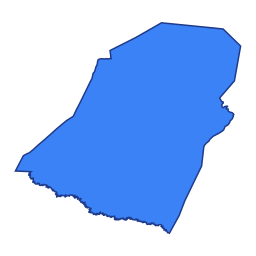 outline of Javxlant, Selenge, Mongolia
{"feature_id": "93677404B94192220818262", "entity_name": "Javxlant", "entity_type": "district", "adm_level": 2, "iso_a3": "MNG", "parent_name": "Mongolia", "parent_adm1": "Selenge", "projection": "robinson", "projection_center": [106.265, 49.737], "detail": "fine", "context": "isolated", "style": "filled", "palette": "blue", "viewbox_px": 256, "rotation_deg": 0, "n_neighbors": 0, "source": "geoboundaries", "source_scale": "gbopen_adm2", "svg_char_len": 5800}
<svg xmlns="http://www.w3.org/2000/svg" viewBox="0 0 256 256"><path d="M161.5,22.8L135.8,37.5L110.0,50.5L111.1,58.6L110.1,58.4L108.2,59.0L106.3,58.6L104.8,59.0L101.0,58.7L99.8,59.0L99.2,59.4L98.3,59.5L97.5,61.7L97.4,63.3L97.0,64.8L95.9,67.0L95.6,68.3L94.6,71.5L94.2,72.2L93.1,73.3L92.1,78.3L90.4,81.5L79.8,103.2L76.4,109.7L73.3,116.3L66.5,120.6L56.8,128.7L44.5,139.7L38.1,145.1L33.2,149.6L29.2,152.9L27.7,153.4L23.4,155.7L15.4,171.0L30.9,171.7L30.6,171.9L30.3,172.9L29.2,173.2L29.2,173.6L30.0,173.7L30.1,174.0L29.1,174.3L28.8,174.5L28.8,175.1L29.3,175.5L29.8,175.2L30.4,175.3L30.1,176.7L30.3,177.2L30.1,177.5L30.6,177.8L31.1,178.9L31.5,178.9L31.6,178.3L32.3,178.5L33.0,178.1L33.4,178.3L32.9,179.3L33.5,180.1L33.2,180.8L33.7,181.5L32.9,181.8L33.0,182.3L33.6,182.4L34.3,182.1L34.7,182.1L34.5,182.9L35.1,183.6L35.6,184.0L37.5,184.0L37.6,183.7L37.6,183.2L38.0,183.1L38.7,183.5L39.3,183.5L39.4,183.9L39.1,184.0L39.0,184.4L39.7,185.3L40.0,185.4L41.1,185.3L41.4,184.9L42.4,185.5L42.9,185.5L43.1,185.2L43.1,184.6L43.5,184.3L44.2,185.0L45.2,184.8L45.9,185.2L46.5,185.0L46.6,185.5L47.2,185.8L47.0,186.1L46.9,186.4L46.4,186.6L46.2,186.9L47.3,187.1L48.1,187.9L48.7,187.9L48.8,187.5L48.1,186.6L49.4,186.6L49.8,187.1L51.1,187.8L51.3,188.5L51.5,188.8L53.1,189.7L52.4,190.1L52.6,190.6L53.0,190.7L53.5,190.5L53.8,190.9L54.7,191.1L55.0,191.8L56.1,191.8L56.1,192.1L56.9,193.1L56.8,193.3L55.6,193.8L55.6,194.3L56.0,194.6L56.9,194.4L57.7,194.9L57.5,195.5L56.7,196.0L56.7,196.8L58.1,196.4L58.9,195.9L59.3,196.3L59.9,196.3L60.6,196.5L60.9,196.2L60.8,195.8L60.1,195.6L61.2,195.0L62.0,195.6L64.7,195.6L64.9,196.7L65.3,196.9L65.8,196.6L65.6,196.0L66.0,195.6L65.7,195.2L65.8,195.0L66.2,195.1L66.4,195.7L66.6,195.8L68.1,195.8L68.5,195.6L69.2,196.1L69.5,195.9L69.5,195.4L70.5,195.0L72.3,194.9L72.5,195.1L72.3,195.5L73.4,196.1L74.5,195.5L75.0,195.4L75.1,195.7L74.1,196.3L73.9,196.5L73.9,196.8L74.7,198.0L75.0,198.0L75.6,197.7L75.2,197.0L75.3,196.7L75.6,196.7L75.8,197.4L76.2,197.5L76.5,197.4L76.6,196.5L77.1,196.5L78.1,197.4L78.2,197.6L77.7,198.0L77.6,199.1L77.9,199.2L78.7,198.8L79.3,198.9L80.4,198.5L81.0,198.7L80.8,199.2L80.1,199.6L79.5,200.4L80.7,201.2L81.0,202.3L81.5,202.4L82.0,202.0L82.3,202.8L83.2,203.4L83.5,203.2L83.3,202.5L83.6,202.4L84.0,202.9L85.0,202.6L84.8,203.6L84.1,203.6L84.4,204.2L84.1,204.6L85.2,205.3L85.4,205.2L85.4,204.8L85.7,204.8L86.1,205.8L85.1,205.8L85.0,206.1L85.7,207.1L85.9,207.2L86.5,206.7L87.0,206.7L87.4,207.0L87.2,207.5L87.3,207.8L88.3,207.3L89.8,208.4L90.5,208.2L91.0,208.4L91.0,208.7L90.3,208.8L90.4,209.4L90.3,209.6L89.3,209.9L90.5,211.1L89.0,211.7L88.9,212.1L89.6,212.3L90.5,211.9L90.7,212.1L90.5,212.6L91.8,212.7L93.6,213.4L93.4,213.9L93.5,214.3L93.8,214.3L94.2,213.8L95.1,214.0L95.4,214.2L95.3,214.5L95.5,214.7L96.7,214.8L97.0,214.6L96.9,214.4L96.1,213.9L96.3,213.6L96.7,213.5L98.1,213.7L98.9,214.4L99.2,214.4L99.4,214.3L99.5,214.0L99.3,213.1L100.1,212.2L100.6,213.4L102.0,213.8L102.4,213.1L102.6,213.1L102.8,213.4L102.6,214.1L102.9,214.3L103.3,214.2L103.5,213.8L103.9,214.2L103.8,214.4L103.2,214.8L103.6,215.3L104.3,215.2L105.1,214.3L105.6,214.8L107.2,215.2L107.3,215.6L107.0,216.1L107.2,216.4L108.0,216.4L109.0,215.9L109.3,216.0L110.0,216.4L110.1,216.9L111.2,217.3L111.6,217.1L111.5,216.5L111.7,216.4L113.0,216.7L114.5,216.2L114.5,216.8L115.5,218.1L115.3,218.4L114.6,218.3L114.6,219.4L115.1,219.7L116.3,219.7L116.3,219.4L115.7,219.1L116.1,219.0L116.3,218.6L116.7,219.0L117.6,219.2L117.2,219.4L117.2,219.7L118.7,219.8L118.9,219.7L118.6,219.2L119.5,219.4L119.5,218.9L120.0,218.7L120.7,219.0L121.0,218.5L121.4,218.3L122.2,218.7L122.7,218.6L123.1,217.5L123.1,218.5L123.7,218.8L123.4,219.1L124.1,219.4L125.1,219.2L125.2,219.3L124.9,219.8L126.1,220.0L126.3,219.8L126.3,219.4L127.1,219.3L127.1,219.1L126.7,218.7L127.1,218.4L127.2,218.1L126.9,217.7L127.5,217.6L128.1,218.1L129.0,218.2L129.4,217.9L129.1,217.5L129.1,217.4L129.9,217.7L131.0,217.6L131.2,218.0L130.5,218.0L130.6,218.5L130.2,219.0L130.6,219.2L131.9,218.8L132.0,219.1L132.5,219.2L132.8,219.7L133.4,219.6L135.4,220.0L135.9,219.8L135.8,219.1L136.0,219.0L137.1,219.4L137.2,219.7L136.9,219.9L137.1,220.2L137.6,220.3L138.1,220.0L138.1,220.4L137.5,220.8L137.5,221.1L138.4,220.9L138.9,221.2L139.4,221.0L140.2,221.6L140.6,221.6L140.7,221.2L141.1,221.2L141.9,221.6L142.2,222.3L142.6,222.5L142.9,222.5L143.0,222.1L143.6,222.3L143.8,222.1L143.6,221.7L144.4,221.5L144.9,221.8L145.0,222.2L145.6,222.1L146.6,222.7L146.3,223.2L146.8,224.1L147.6,224.4L148.2,224.3L148.5,223.9L149.0,223.9L149.6,224.4L150.7,224.4L150.9,224.1L150.7,223.7L151.8,223.8L151.8,223.6L151.4,223.3L151.6,223.0L152.2,223.2L152.5,223.5L152.8,223.3L153.6,223.2L153.7,224.0L154.4,224.7L155.1,224.4L155.3,224.5L155.2,225.0L155.5,225.5L155.9,225.2L156.5,225.5L157.4,225.2L158.1,225.7L158.3,225.5L158.3,225.2L159.0,224.7L161.0,224.6L161.5,224.9L162.1,226.1L162.9,226.4L162.8,226.6L161.5,226.6L162.2,227.2L162.3,227.6L163.0,227.5L163.1,228.2L163.3,228.5L164.1,228.5L164.0,228.9L164.4,229.3L164.1,229.9L165.4,230.2L166.2,229.8L166.2,230.0L165.5,230.5L165.5,230.8L166.4,230.9L166.9,231.1L167.5,232.6L167.9,232.8L168.5,232.6L169.4,233.2L179.1,215.6L184.9,200.6L201.6,166.1L203.8,146.8L204.6,145.1L206.5,143.0L208.7,141.3L209.2,140.6L209.7,139.5L212.9,136.4L219.1,133.1L222.0,131.3L223.4,130.1L224.0,129.2L224.9,126.8L225.3,126.3L227.2,125.4L228.5,124.3L229.7,122.4L230.2,120.8L231.6,119.6L232.6,118.2L232.6,117.6L233.2,116.7L233.3,116.2L233.2,115.1L233.8,114.5L233.3,113.7L232.0,112.6L230.5,112.3L229.0,111.7L228.2,110.9L228.1,109.0L226.5,108.9L226.2,108.7L226.3,107.8L226.5,107.4L227.5,106.7L227.5,106.4L227.2,106.1L224.5,106.6L223.9,107.2L223.2,107.6L222.7,107.5L222.2,107.1L221.9,106.5L221.8,105.6L222.2,104.0L223.1,103.2L223.3,102.6L223.1,102.0L222.5,101.7L221.9,101.9L219.6,98.0L234.4,80.9L240.6,46.1L223.1,29.0L161.5,22.8Z" fill="#3b82f6" stroke="#1e3a8a" stroke-width="1.5"/></svg>